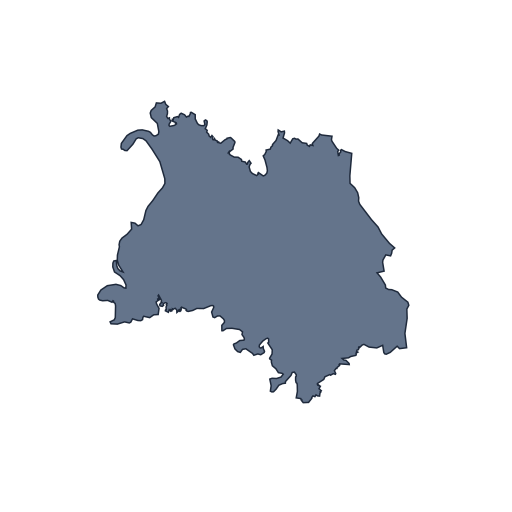 the district of Faridpur, Dhaka, Bangladesh, rotated 37°
{"feature_id": "16705992B67131385183639", "entity_name": "Faridpur", "entity_type": "district", "adm_level": 2, "iso_a3": "BGD", "parent_name": "Bangladesh", "parent_adm1": "Dhaka", "projection": "mercator", "projection_center": [89.785, 23.466], "detail": "fine", "context": "isolated", "style": "filled", "palette": "slate", "viewbox_px": 512, "rotation_deg": 37, "n_neighbors": 0, "source": "geoboundaries", "source_scale": "gbopen_adm2", "svg_char_len": 6140}
<svg xmlns="http://www.w3.org/2000/svg" viewBox="0 0 512 512"><g transform="rotate(37 256 256)"><path d="M343.1,162.8L336.0,159.4L326.4,157.5L307.8,152.3L304.9,150.5L303.0,147.6L299.1,144.3L293.8,142.1L287.4,141.4L282.7,135.5L270.7,116.4L264.4,118.9L260.2,119.6L260.0,120.5L261.1,122.1L260.8,124.3L261.8,125.3L261.3,126.2L258.3,123.3L258.4,121.7L255.7,121.5L247.5,118.6L246.2,117.6L244.6,114.6L235.5,119.9L233.4,120.3L234.1,122.4L233.3,131.8L233.5,132.7L234.9,133.5L232.4,134.6L232.7,136.3L230.2,136.6L228.7,135.6L224.7,137.8L219.1,137.3L217.6,138.6L215.9,138.8L214.8,140.3L215.4,145.3L211.9,144.9L206.6,145.5L204.7,140.5L203.5,139.2L201.4,141.7L197.9,142.0L198.6,143.2L201.5,145.5L200.8,145.9L202.5,151.7L202.1,157.0L202.8,158.0L202.4,160.1L203.1,162.0L200.3,165.3L201.3,166.4L201.9,169.7L201.5,171.7L205.4,173.9L211.5,178.7L213.8,181.1L214.8,183.4L214.5,186.2L213.6,187.7L207.7,187.9L207.7,188.8L208.5,189.3L208.1,191.4L203.4,192.3L200.6,191.8L196.9,189.0L196.1,186.5L196.2,184.9L193.2,183.9L193.1,186.2L193.8,187.8L193.3,188.3L190.9,187.4L187.6,188.9L186.3,187.7L182.2,187.9L179.2,190.1L175.4,190.7L173.6,190.8L172.9,189.9L171.8,190.4L171.7,188.3L172.2,188.4L173.3,184.4L172.3,183.1L170.9,178.1L170.1,177.3L165.1,176.7L164.2,176.8L162.0,179.4L162.3,179.9L161.3,181.8L160.0,187.2L158.1,187.9L157.5,187.4L156.9,188.4L155.5,187.4L153.9,188.0L152.2,187.2L152.4,188.6L151.5,189.0L150.4,188.2L150.0,186.7L148.3,186.3L148.4,188.5L146.2,188.3L144.9,187.2L142.1,186.8L141.4,185.0L138.9,184.9L137.9,180.9L136.3,178.2L135.2,177.5L133.7,177.8L133.3,179.4L136.1,181.8L135.8,183.4L133.7,184.9L131.5,185.6L129.5,185.4L125.0,183.1L122.4,179.7L117.8,180.2L117.3,180.8L118.0,182.1L118.4,185.0L117.6,185.2L116.8,186.9L114.0,186.2L110.3,187.0L109.8,188.9L110.7,191.9L109.4,191.9L107.1,195.0L107.9,197.1L107.0,197.2L107.5,198.2L108.4,198.5L111.1,197.8L111.6,198.3L112.2,197.7L113.0,198.3L112.3,200.7L109.2,204.3L108.1,204.2L107.3,203.1L106.9,199.5L104.6,198.9L103.7,197.8L102.8,199.2L100.6,198.3L99.6,195.6L98.1,193.5L95.9,192.1L96.1,189.4L92.7,189.2L89.9,187.5L88.2,191.2L84.3,193.7L85.7,197.6L84.7,202.8L85.5,205.5L89.1,208.5L97.4,209.5L103.6,215.2L104.7,217.5L103.7,220.2L102.4,221.5L100.4,221.6L97.3,220.8L95.1,221.1L89.3,223.7L85.9,226.6L81.8,233.7L80.5,237.5L80.7,247.1L82.6,250.3L84.2,251.5L85.7,250.7L87.7,250.7L89.6,249.5L90.4,240.8L89.8,234.5L90.8,232.4L95.0,230.3L98.9,230.2L108.8,233.3L122.4,238.5L136.7,249.2L139.6,252.9L140.3,257.9L139.7,264.6L140.2,273.9L139.9,281.3L140.7,285.9L144.5,294.6L145.3,300.0L143.6,302.9L139.6,302.6L136.1,304.3L140.5,309.4L140.0,316.1L138.2,322.3L138.3,326.2L139.8,329.3L141.4,330.9L144.8,338.7L147.8,342.9L151.8,345.9L159.4,348.8L156.5,349.7L153.3,349.2L150.7,347.6L147.1,343.7L145.4,345.6L146.0,347.8L148.2,350.9L152.6,353.9L159.4,353.5L164.6,354.6L169.7,357.4L171.4,360.0L169.7,360.9L165.8,361.0L161.2,362.9L155.1,369.2L152.6,376.5L153.1,382.4L154.4,384.0L156.2,385.2L157.9,385.2L160.5,384.0L164.3,380.7L168.8,379.6L168.7,377.8L169.4,377.8L169.3,378.6L172.1,378.7L173.9,380.4L180.7,389.9L181.2,392.3L179.1,396.4L181.0,397.4L186.3,393.8L190.7,387.7L195.1,385.7L195.8,384.2L195.2,380.5L200.5,378.6L202.9,377.0L203.7,375.1L202.6,373.1L202.6,371.7L208.2,369.2L209.7,364.5L213.1,361.6L210.1,356.2L205.4,354.1L203.9,352.8L204.5,350.7L203.3,349.5L203.6,349.1L205.0,349.5L205.2,348.8L201.7,346.7L201.7,345.8L207.2,348.3L207.6,349.3L208.9,349.8L208.2,350.8L208.3,352.7L209.3,353.6L211.5,352.6L211.9,351.0L210.8,350.3L211.0,349.0L211.7,347.8L212.9,347.3L213.6,347.5L213.7,348.8L214.4,349.0L214.9,350.9L216.6,352.8L216.2,353.5L216.6,354.3L219.9,353.7L219.0,351.1L220.6,351.4L220.3,350.5L221.5,350.9L221.8,350.4L221.1,349.7L221.7,349.1L221.1,348.5L221.9,348.4L222.9,346.4L225.2,346.8L226.8,348.7L227.4,345.8L226.8,345.8L226.9,344.8L227.8,344.7L228.0,346.2L228.6,346.1L228.9,344.9L228.1,343.1L227.3,342.8L227.3,341.7L231.6,340.6L232.7,340.6L232.9,341.5L233.8,341.6L235.2,341.1L238.2,337.6L240.3,333.5L245.8,329.5L249.9,322.7L251.4,321.5L252.4,321.6L253.2,322.5L254.3,327.5L258.3,330.6L260.1,330.1L261.3,327.1L263.3,325.5L267.8,325.8L269.6,326.5L270.7,328.0L270.4,331.9L273.7,336.2L274.6,335.6L276.0,331.7L280.3,328.2L287.1,324.6L290.9,324.7L292.1,327.2L295.5,328.3L296.8,329.4L297.0,330.5L293.9,333.3L292.7,337.3L291.3,339.5L291.4,340.5L295.1,342.9L298.9,343.4L301.5,342.4L301.4,338.7L303.7,336.2L311.8,335.9L314.0,336.6L316.4,333.1L319.2,332.0L320.6,328.3L320.2,327.0L317.5,325.5L316.2,324.0L315.5,326.2L314.8,326.9L313.2,326.6L312.3,325.0L312.6,319.8L313.8,316.0L314.8,314.6L315.9,314.6L318.1,317.4L317.8,318.4L325.4,321.1L327.8,324.6L328.4,329.5L329.2,330.0L331.1,329.8L332.0,331.4L335.1,333.8L339.8,334.1L344.1,335.7L347.4,334.0L348.9,334.0L348.8,337.7L346.1,341.5L342.4,344.0L341.1,346.0L346.2,350.5L348.8,355.3L350.5,355.0L351.7,353.9L352.2,350.2L352.0,345.5L354.0,341.9L356.0,339.9L355.1,338.6L355.8,330.3L355.0,327.2L356.5,325.6L359.6,326.6L360.5,327.9L360.4,328.7L362.3,331.3L364.2,333.0L365.3,333.0L366.5,334.1L370.6,339.3L373.5,345.1L377.6,342.9L378.6,343.8L379.3,343.4L379.9,344.2L382.0,344.7L386.1,341.3L386.2,336.0L385.7,335.6L385.7,333.4L387.7,332.9L387.5,330.8L389.3,330.7L391.1,329.6L389.6,327.0L389.6,325.7L389.0,325.7L389.2,324.3L386.2,324.1L385.8,321.3L383.0,322.0L382.6,321.7L383.1,321.3L382.0,321.3L381.8,320.8L384.4,313.8L383.7,311.0L386.3,306.3L387.3,306.3L388.5,303.5L390.6,302.7L390.4,301.9L387.6,300.4L387.6,297.6L388.3,297.1L387.9,296.1L388.6,293.2L388.5,292.7L387.7,292.6L387.7,291.8L395.8,286.6L395.0,285.8L390.6,285.2L388.8,286.2L386.4,286.0L391.2,281.6L392.1,279.3L395.5,275.3L395.5,274.6L394.4,273.4L395.2,271.5L394.3,271.6L394.2,272.4L393.6,271.4L393.3,270.3L394.2,269.1L392.8,266.9L393.1,266.5L393.8,266.9L394.4,263.1L395.4,261.6L401.1,260.7L407.8,256.7L410.9,251.1L416.1,256.1L417.6,256.7L419.1,256.1L421.2,252.2L423.0,243.1L426.4,243.6L431.5,238.6L421.5,228.2L414.2,214.8L408.4,207.6L407.7,203.4L405.1,201.5L396.9,201.3L390.9,199.5L384.7,201.2L382.0,203.0L378.8,203.5L376.8,201.3L368.2,197.8L362.8,196.6L367.4,191.0L360.9,184.8L359.8,182.8L359.0,177.0L363.4,174.9L362.7,172.2L361.2,169.4L361.9,166.1L355.0,165.6L343.1,162.8Z" fill="#64748b" stroke="#1e293b" stroke-width="1.5"/></g></svg>